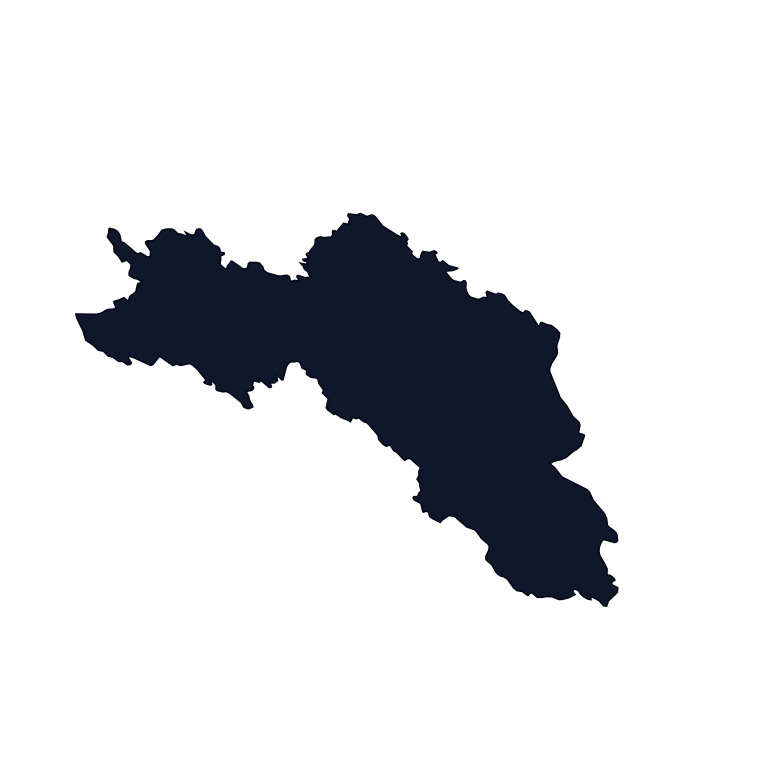 outline of Mogilev, rotated 38°
{"feature_id": "BLR-2340", "entity_name": "Mogilev", "entity_type": "Region", "adm_level": 1, "iso_a3": "BLR", "parent_name": "Belarus", "parent_adm1": "", "projection": "equal_earth", "projection_center": [29.938, 53.567], "detail": "fine", "context": "isolated", "style": "filled", "palette": "ink", "viewbox_px": 768, "rotation_deg": 38, "n_neighbors": 0, "source": "natural_earth", "source_scale": "10m", "svg_char_len": 6155}
<svg xmlns="http://www.w3.org/2000/svg" viewBox="0 0 768 768"><g transform="rotate(38 384 384)"><path d="M487.1,234.9L491.1,235.8L493.3,239.1L496.5,247.6L501.4,252.5L502.4,255.2L503.4,264.9L504.9,269.6L506.9,272.2L531.4,286.4L541.7,288.8L553.0,293.4L560.9,294.1L562.3,294.7L563.9,296.0L567.1,302.3L568.7,302.7L572.7,300.9L573.9,301.5L577.3,311.7L576.6,313.0L576.2,316.7L574.7,320.4L572.6,330.0L570.3,334.2L565.2,340.6L564.0,344.7L569.8,344.8L581.3,347.7L609.5,342.2L612.6,342.7L620.5,346.9L637.5,350.4L642.3,353.0L646.6,357.3L648.5,358.2L655.2,358.0L658.0,358.3L660.6,359.5L664.2,363.2L664.6,364.5L664.3,365.7L663.3,366.9L652.4,371.5L652.8,375.8L654.3,380.4L656.7,383.9L659.9,386.4L670.5,390.6L673.7,392.4L676.8,396.6L677.8,396.9L680.0,395.5L684.7,395.5L686.7,396.3L685.6,399.5L686.3,401.3L687.9,401.7L693.6,400.6L696.2,404.4L694.4,416.8L696.3,422.1L693.6,423.6L687.1,422.3L677.7,423.9L679.9,426.6L676.4,428.2L672.1,428.8L667.8,428.4L664.4,427.1L660.9,427.9L659.9,429.9L661.1,431.7L664.3,432.2L661.2,438.7L657.0,444.1L654.6,446.1L647.5,448.2L643.2,451.2L639.8,454.9L636.2,457.6L629.1,457.5L628.4,458.1L627.9,459.7L627.9,461.7L627.2,462.2L620.6,462.4L615.9,465.0L611.3,464.8L601.4,461.8L597.4,462.1L593.9,463.5L590.7,463.8L587.5,463.2L580.5,460.1L572.5,459.7L570.3,457.1L568.8,450.1L566.9,447.1L564.5,446.1L555.9,445.7L547.6,443.2L544.9,443.1L537.1,445.7L521.0,444.9L515.9,447.9L513.5,456.1L513.7,458.4L504.9,460.2L501.5,460.3L498.3,457.8L496.7,457.8L495.5,458.5L493.8,460.8L493.2,460.8L487.2,455.9L485.4,455.6L479.6,456.8L477.1,456.0L476.7,454.6L479.1,452.5L479.6,451.3L478.6,448.5L479.1,445.3L475.1,442.4L473.4,440.2L468.7,438.7L467.7,434.2L465.4,431.7L464.3,427.8L463.4,427.4L450.4,426.6L448.4,428.3L447.5,431.3L446.2,431.4L436.3,430.0L432.7,430.5L426.8,428.5L425.7,429.2L424.7,431.0L423.7,431.8L419.8,432.0L414.3,431.0L413.2,430.5L412.3,429.1L410.1,427.9L394.6,425.0L391.0,426.3L385.2,426.1L383.2,428.6L379.9,429.5L380.8,434.4L378.3,434.5L371.4,436.7L364.3,437.3L363.2,438.9L355.4,439.0L353.1,438.2L349.4,430.4L348.0,429.7L341.0,428.9L340.4,426.5L339.5,425.8L332.6,423.7L329.1,421.1L327.2,420.8L322.3,423.7L317.6,424.1L316.0,423.3L315.7,422.0L314.6,421.1L312.9,421.0L310.0,422.0L305.1,419.1L302.9,419.0L301.2,419.9L299.5,422.0L297.4,423.5L296.4,425.2L296.1,428.1L296.5,430.6L301.7,442.6L301.6,443.2L300.6,443.7L296.4,443.2L294.5,443.6L298.0,447.0L297.0,450.6L293.5,453.4L297.0,455.4L296.9,456.4L295.7,457.5L282.8,456.8L284.8,458.7L284.7,459.3L279.9,461.4L279.5,462.1L280.9,466.0L283.5,466.9L284.1,468.5L283.8,470.4L280.7,473.8L280.3,474.8L284.8,476.9L288.3,479.7L293.9,482.1L294.7,482.9L292.9,486.4L291.5,487.6L287.8,488.5L282.4,486.3L267.9,486.2L264.3,487.0L261.7,489.5L256.5,491.8L254.9,491.5L252.1,488.1L248.0,487.5L247.2,487.7L246.6,488.6L248.3,490.3L248.1,491.6L242.2,493.9L241.0,493.4L241.4,490.9L240.8,490.3L227.5,487.3L221.9,486.9L219.0,487.3L217.4,488.5L212.4,494.5L208.1,496.3L206.4,499.5L190.7,500.3L190.0,501.6L190.0,510.6L188.8,513.0L169.6,517.6L166.5,519.0L166.0,520.1L166.9,521.0L172.0,522.9L172.1,524.7L170.1,526.8L164.4,527.1L161.1,529.5L153.6,529.9L149.3,531.8L142.7,530.9L138.2,533.2L130.5,532.5L122.0,533.1L114.2,527.5L101.0,521.0L98.1,518.5L114.2,506.3L117.5,502.3L120.1,495.7L125.1,491.1L125.6,490.0L125.4,488.6L121.0,486.1L120.4,485.0L123.1,481.5L125.9,476.1L131.9,476.1L130.3,473.2L129.8,471.3L131.4,465.6L131.5,463.7L128.8,458.2L128.2,456.2L130.1,454.1L130.1,453.5L129.0,452.8L125.8,452.9L121.4,454.8L116.3,455.3L114.3,452.8L113.0,448.2L110.9,445.3L105.4,444.9L104.5,445.8L102.5,449.1L96.3,446.8L90.5,446.1L89.5,445.6L86.9,442.2L85.1,441.0L75.5,438.5L73.8,434.1L71.7,431.0L71.8,430.3L76.1,428.3L80.2,427.8L84.4,429.4L89.4,433.8L92.5,432.7L108.1,433.5L109.6,433.1L111.5,430.5L118.9,429.6L120.4,428.9L121.1,427.2L118.2,422.9L110.2,420.2L108.8,419.2L108.7,418.6L109.4,416.8L113.0,414.0L114.0,412.2L114.6,406.0L114.4,399.6L117.4,395.6L121.5,392.4L123.8,392.0L129.1,392.5L131.9,390.8L137.8,388.9L137.6,387.9L134.0,386.6L140.0,385.4L141.9,384.1L142.7,382.2L141.7,379.5L141.4,377.3L142.2,376.1L143.6,375.1L145.4,375.0L152.4,377.8L164.5,379.5L167.8,378.2L170.3,378.2L171.6,378.8L173.6,380.9L177.3,379.1L177.8,379.4L178.2,380.5L176.8,382.9L176.6,384.1L178.3,385.9L180.7,390.0L182.5,390.9L188.1,391.0L189.0,390.3L187.9,386.9L188.2,383.6L187.8,381.4L189.1,380.8L201.2,380.1L203.0,379.3L204.2,378.3L204.9,376.7L203.1,372.7L203.3,370.9L209.1,366.4L211.7,365.4L216.5,366.4L219.2,368.3L223.4,368.4L233.8,364.1L236.1,362.7L240.0,358.5L241.2,357.8L243.5,357.7L245.9,359.8L247.4,360.2L248.3,359.7L249.7,357.3L253.1,355.6L253.3,354.6L249.5,353.3L248.9,352.0L249.8,351.1L256.0,349.0L259.2,346.1L260.0,344.5L257.0,343.9L254.8,342.4L250.3,342.5L248.3,341.0L243.7,340.2L248.5,337.8L249.3,336.4L249.0,335.3L248.4,335.1L244.5,336.4L243.3,335.7L247.1,331.7L243.1,329.6L242.9,328.6L244.4,326.2L243.7,324.6L243.9,318.1L243.3,315.7L241.1,312.8L240.9,310.9L243.0,307.4L246.7,305.5L252.0,300.5L251.8,298.0L249.6,295.7L249.4,294.9L250.1,293.8L252.6,293.0L252.9,292.4L253.2,282.2L256.5,280.6L257.7,279.4L256.4,278.1L255.9,275.0L251.9,273.7L251.2,271.8L258.2,267.7L260.6,264.0L267.4,262.6L270.1,258.5L272.0,257.5L275.7,257.8L285.4,260.4L303.2,258.6L306.3,257.8L307.3,257.1L307.1,256.4L304.8,254.9L305.7,253.5L307.4,253.2L313.3,254.7L313.8,255.7L313.6,257.4L316.2,259.3L316.0,261.3L324.8,262.4L324.8,264.1L327.2,265.0L332.9,265.1L334.1,264.7L335.0,263.0L334.9,261.8L333.3,258.7L333.0,255.7L339.2,252.1L340.5,249.5L341.9,248.0L343.7,247.7L345.0,248.3L344.9,249.1L343.9,249.8L344.0,250.6L351.6,254.4L353.6,253.7L354.5,250.7L362.1,251.0L370.6,247.3L371.0,247.6L370.8,248.1L368.4,252.1L363.8,256.5L363.6,257.0L364.1,258.0L372.8,259.8L375.1,259.7L381.5,257.0L382.7,255.6L383.0,253.7L384.5,252.8L386.4,253.7L389.3,258.0L391.3,259.7L395.6,261.9L398.8,262.3L405.6,259.6L407.1,258.3L408.9,254.7L411.5,252.8L411.8,252.3L411.4,251.3L408.2,249.0L408.3,247.3L416.3,244.9L417.4,244.0L418.2,242.1L421.5,240.6L424.2,240.1L430.2,242.2L437.0,243.1L445.9,243.3L450.0,242.5L450.4,241.6L450.1,239.9L450.5,239.2L451.9,238.3L454.5,237.9L469.6,243.2L470.7,242.5L469.7,239.3L470.5,238.3L476.0,236.9L480.0,234.8L487.1,234.9Z" fill="#0f172a" stroke="#020617" stroke-width="1.5"/></g></svg>